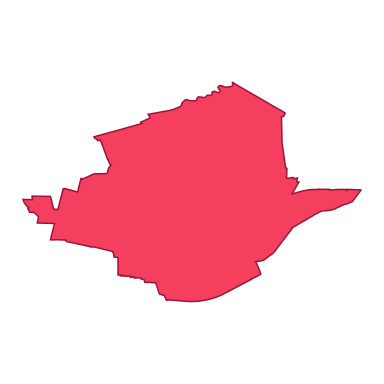 Bodegraven-Reeuwijk, Zuid-Holland, Netherlands
{"feature_id": "6326949B27886960256598", "entity_name": "Bodegraven-Reeuwijk", "entity_type": "district", "adm_level": 2, "iso_a3": "NLD", "parent_name": "Netherlands", "parent_adm1": "Zuid-Holland", "projection": "robinson", "projection_center": [4.773, 52.068], "detail": "fine", "context": "isolated", "style": "filled", "palette": "rose", "viewbox_px": 384, "rotation_deg": 0, "n_neighbors": 0, "source": "geoboundaries", "source_scale": "gbopen_adm2", "svg_char_len": 5590}
<svg xmlns="http://www.w3.org/2000/svg" viewBox="0 0 384 384"><path d="M361.0,190.0L360.2,189.8L355.7,189.7L349.1,189.4L346.2,189.4L346.8,190.3L346.4,190.4L344.7,189.6L343.6,189.4L335.7,189.5L333.8,189.9L331.8,189.9L329.9,189.6L329.7,189.7L329.6,189.4L328.8,189.8L328.5,189.4L325.4,189.3L322.4,189.3L319.1,189.4L319.1,189.2L318.7,189.3L317.6,189.3L317.7,189.5L311.8,189.5L308.1,189.9L303.8,190.7L299.1,191.9L292.2,193.9L293.7,190.9L294.3,190.0L298.9,182.0L296.7,181.8L297.3,178.4L297.4,177.9L295.2,178.5L293.9,178.8L293.5,177.5L291.2,177.7L289.6,178.0L288.4,178.1L287.0,178.2L286.6,178.2L286.9,168.4L286.2,168.1L285.6,167.9L285.6,167.0L285.1,164.2L282.4,145.1L282.2,144.0L281.9,140.6L282.0,139.4L281.9,133.8L281.8,131.8L281.5,116.8L283.6,116.4L284.5,114.8L285.1,113.4L285.2,113.2L285.0,112.9L284.7,112.7L279.8,109.8L278.2,109.0L273.4,106.2L256.4,96.3L237.8,85.6L237.5,85.4L233.9,83.1L232.9,82.5L232.4,82.5L232.4,83.2L232.6,83.3L232.6,83.7L232.6,84.0L232.8,84.0L232.6,84.6L232.6,85.0L232.4,85.6L232.2,86.0L231.5,86.4L231.0,86.4L230.0,86.7L229.7,86.8L229.3,86.8L228.6,86.8L227.7,87.2L227.4,87.1L226.4,87.2L226.2,87.1L225.3,87.1L225.1,87.1L224.2,86.9L223.6,86.5L223.1,86.3L223.1,86.5L222.6,86.3L222.4,86.0L221.8,85.8L220.3,85.6L219.8,85.7L219.6,85.6L219.5,85.8L218.5,86.3L218.1,87.2L218.0,87.3L218.0,87.6L218.3,88.2L218.5,88.6L219.9,90.2L220.3,91.0L220.2,91.3L219.9,91.7L219.8,91.8L219.6,92.2L219.4,92.3L218.8,92.5L218.3,92.5L216.1,91.9L216.0,91.7L216.0,91.8L214.9,91.4L214.9,91.5L214.6,91.4L214.6,91.5L214.0,91.3L212.6,91.7L212.1,92.2L212.3,92.3L212.1,93.3L212.0,94.3L211.7,94.7L211.7,94.8L211.4,94.9L210.9,95.3L210.3,95.5L209.9,95.3L209.1,95.3L208.1,95.1L207.6,95.1L206.8,95.6L205.8,96.9L205.2,97.4L204.4,97.4L204.0,97.5L203.7,97.5L203.4,97.5L202.8,97.4L202.6,97.2L202.4,97.2L202.2,97.3L201.4,97.3L200.7,97.0L198.8,96.9L198.4,96.9L198.1,97.1L197.6,97.4L197.2,98.0L197.0,98.3L197.0,98.9L197.0,99.0L196.9,99.9L196.8,100.0L196.6,100.0L196.2,100.5L194.9,100.7L193.9,100.7L192.2,100.9L191.6,100.8L189.1,100.5L187.5,100.0L187.4,99.9L187.3,100.0L186.3,99.7L185.6,99.7L185.0,100.0L184.6,100.4L183.2,101.7L183.3,101.7L182.0,103.4L181.6,104.3L180.8,106.1L180.5,106.5L180.1,106.8L179.4,106.9L178.3,107.4L176.8,108.0L176.6,108.0L176.0,108.4L175.9,108.3L175.4,108.5L175.5,108.5L174.3,109.0L173.0,109.6L172.5,109.7L172.2,109.6L171.5,109.8L170.8,110.2L166.2,111.1L163.4,111.5L156.2,112.9L154.1,113.2L149.1,114.2L148.5,114.2L148.1,114.2L148.1,114.3L148.5,115.1L149.1,115.8L149.7,116.9L149.8,117.1L150.2,117.9L140.7,122.2L141.8,123.5L118.4,130.1L94.0,136.8L94.5,137.8L94.5,138.0L94.9,138.1L95.3,138.4L97.1,139.6L97.6,140.7L97.9,140.7L100.4,140.0L101.7,143.4L102.0,144.3L102.4,145.2L103.1,146.8L104.6,151.4L106.2,155.5L106.6,156.8L107.3,158.7L107.4,159.0L107.8,158.9L107.9,159.5L108.1,159.7L107.9,159.8L109.8,163.8L110.7,165.0L111.1,165.0L110.6,165.5L110.0,166.2L109.5,167.0L108.9,167.6L108.6,168.1L108.1,169.8L107.5,172.0L107.1,173.6L94.3,173.8L92.2,174.6L91.1,175.2L89.9,175.7L87.0,177.2L86.0,177.5L84.8,178.1L82.0,179.2L81.5,179.5L81.5,179.2L81.2,179.2L81.4,178.4L81.0,178.4L77.6,192.0L64.7,188.5L64.5,189.1L63.2,188.7L58.8,205.9L57.9,209.4L53.7,209.2L53.0,206.6L52.6,204.8L52.2,203.6L51.6,200.7L51.2,199.5L51.1,199.1L51.1,198.7L51.0,198.4L50.6,197.0L50.4,196.5L48.5,196.4L32.1,196.1L32.1,197.4L32.4,197.4L32.3,198.3L32.4,199.0L32.5,199.2L32.5,199.7L23.0,199.4L23.2,200.1L24.0,202.2L25.7,204.7L26.1,205.3L27.4,206.4L28.7,207.4L28.6,208.3L27.8,208.3L28.8,210.4L29.3,211.6L29.5,212.2L34.1,212.4L38.5,216.6L37.9,220.1L37.7,221.3L37.5,221.5L37.4,222.0L37.3,223.0L54.5,223.5L50.7,238.7L50.5,239.8L54.2,239.9L55.7,239.7L66.0,240.1L66.0,240.6L66.1,240.9L66.0,241.0L66.3,241.5L84.1,245.3L89.2,246.5L91.9,247.2L92.0,247.2L92.4,247.1L92.9,246.8L98.3,248.0L112.1,251.3L112.3,251.4L112.9,252.4L113.7,254.1L113.8,254.6L113.8,256.0L114.3,257.2L118.0,257.4L118.0,270.7L118.1,271.4L118.0,273.7L118.0,274.3L117.9,274.9L119.3,275.0L120.0,274.9L120.1,275.7L120.5,275.8L121.1,275.4L121.8,275.3L121.7,275.4L121.8,275.9L122.0,275.8L123.7,276.0L123.8,276.1L125.7,276.2L126.5,276.3L129.1,275.9L129.1,276.0L129.9,275.9L130.2,277.3L131.1,277.1L131.1,277.4L132.3,277.2L132.2,276.9L133.9,276.6L134.3,278.1L135.1,278.0L135.5,278.0L135.4,277.9L138.7,277.8L140.0,277.9L141.0,277.9L141.3,279.3L142.8,279.2L143.6,279.5L144.0,279.5L144.8,282.4L145.5,282.3L148.5,282.4L149.2,282.3L150.8,282.5L151.7,282.4L151.8,282.7L154.2,282.5L154.3,282.8L155.2,282.8L155.3,282.8L155.7,282.7L159.4,294.0L164.4,295.6L166.3,300.1L167.3,300.2L167.1,299.8L186.0,301.3L188.9,301.5L192.2,301.5L196.0,301.4L198.5,301.2L201.3,300.8L204.7,300.3L208.9,299.4L211.9,298.6L215.5,297.4L218.1,296.4L221.3,295.1L224.6,293.4L242.3,284.1L242.2,283.8L243.4,283.1L243.6,283.4L250.1,280.0L250.0,279.7L250.4,279.4L250.6,279.7L251.3,279.3L251.1,279.0L251.5,278.8L252.7,278.3L252.7,278.2L254.3,277.4L254.4,277.7L260.7,274.3L259.8,271.1L256.2,262.4L255.9,261.9L255.6,261.5L256.5,261.3L260.7,261.0L262.3,260.6L263.7,260.2L266.8,257.9L268.4,256.7L270.0,255.3L270.4,255.1L271.0,254.9L272.2,253.9L274.9,251.3L275.4,250.4L277.5,247.7L287.3,234.8L290.3,230.9L291.5,229.3L291.5,229.1L291.9,228.8L292.0,228.7L292.0,228.4L291.7,228.1L300.4,223.0L302.5,221.8L305.1,220.3L306.9,219.3L307.8,218.7L311.6,216.5L313.5,215.3L313.4,215.2L315.3,214.1L315.6,214.1L315.9,214.0L317.6,213.1L318.9,212.4L319.9,211.9L321.1,211.3L322.6,211.0L324.1,210.8L325.6,210.7L327.1,210.7L329.3,210.4L330.6,210.2L332.6,209.6L333.7,209.5L334.2,209.3L335.4,208.7L337.2,207.7L344.3,204.5L344.7,204.3L345.7,204.2L347.7,203.6L349.6,202.8L352.5,201.5L361.0,190.0Z" fill="#f43f5e" stroke="#9f1239" stroke-width="1.5"/></svg>